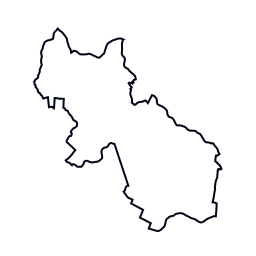 Hidiselu De Sus, Bihor, Romania, rotated 265°
{"feature_id": "2599482B72437023812586", "entity_name": "Hidiselu De Sus", "entity_type": "district", "adm_level": 2, "iso_a3": "ROU", "parent_name": "Romania", "parent_adm1": "Bihor", "projection": "equal_earth", "projection_center": [22.026, 46.921], "detail": "fine", "context": "isolated", "style": "outline", "palette": "ink", "viewbox_px": 256, "rotation_deg": 265, "n_neighbors": 0, "source": "geoboundaries", "source_scale": "gbopen_adm2", "svg_char_len": 5792}
<svg xmlns="http://www.w3.org/2000/svg" viewBox="0 0 256 256"><g transform="rotate(265 128 128)"><path d="M216.6,130.9L216.8,130.5L217.4,129.9L217.9,127.8L217.9,126.2L217.7,124.8L217.4,124.1L216.8,121.2L216.2,119.5L214.3,115.8L213.5,114.9L211.4,113.6L204.4,110.7L203.9,110.2L203.1,108.7L202.3,107.9L201.5,107.0L201.4,106.6L200.5,105.6L201.1,103.4L202.6,101.2L203.3,99.5L204.2,98.5L205.1,96.5L205.4,95.4L205.3,94.4L205.0,93.0L205.1,91.9L205.2,89.5L205.3,88.5L205.6,87.5L205.6,86.8L206.2,85.9L207.3,84.8L207.9,84.4L207.9,84.1L209.0,83.1L209.0,82.8L209.4,81.6L209.4,81.3L209.7,80.7L208.2,78.5L207.9,77.9L210.9,77.7L214.4,76.1L215.0,76.0L216.3,75.8L217.7,75.4L222.8,74.7L225.7,73.0L229.2,70.7L231.0,68.3L233.2,66.7L231.5,65.2L230.8,64.2L229.5,62.9L228.5,62.4L225.9,61.7L223.8,61.2L223.3,61.0L223.1,60.6L222.6,58.4L222.1,55.2L221.1,52.9L220.7,52.4L218.5,51.5L216.7,50.4L216.2,50.3L215.6,50.1L214.8,50.0L213.0,48.9L212.7,48.6L211.4,48.3L210.8,47.9L207.8,48.3L207.2,48.3L206.7,48.4L206.3,48.4L205.7,48.0L204.2,47.7L203.9,47.5L203.1,47.5L202.6,47.3L202.1,47.3L201.7,47.2L200.6,47.2L198.9,47.6L198.5,47.6L196.5,46.6L194.5,45.5L193.2,45.0L191.7,45.0L190.7,44.4L189.9,44.2L188.8,43.5L188.4,43.1L187.9,42.8L186.3,43.0L184.8,41.0L184.2,39.9L183.1,39.3L182.2,38.5L181.9,38.7L180.9,38.8L180.2,38.7L179.1,38.9L178.4,39.3L178.5,39.6L178.0,39.7L177.0,39.5L174.7,41.1L172.7,41.5L172.5,41.4L172.0,41.6L172.1,41.8L171.4,42.0L170.7,42.5L170.4,43.2L169.3,43.8L168.9,43.8L168.6,44.0L168.0,44.7L167.4,45.2L166.8,45.3L166.7,45.4L166.7,45.5L164.8,46.0L164.7,46.1L165.7,50.9L155.6,51.1L155.9,53.4L155.6,54.3L155.2,54.8L154.5,55.4L154.1,56.0L164.3,57.6L163.7,60.7L163.5,60.8L162.9,63.2L163.2,63.5L162.6,66.6L160.0,66.2L153.8,65.4L153.0,66.8L152.0,67.3L151.3,67.4L150.3,69.5L148.6,70.0L146.9,70.9L146.2,71.4L145.6,72.0L144.4,72.8L141.2,74.1L140.9,74.2L140.1,75.1L139.8,75.9L138.3,77.4L136.9,77.7L135.8,77.6L134.3,77.1L133.3,75.8L132.8,74.8L132.5,73.7L130.3,71.3L128.9,70.7L127.8,71.4L127.1,71.5L126.4,71.3L125.1,70.6L125.0,70.1L125.1,69.8L124.9,68.8L124.2,68.2L123.7,67.9L123.2,67.5L122.7,67.2L121.8,66.4L120.7,65.9L119.6,65.7L118.8,66.3L118.5,66.5L113.7,70.9L111.4,72.8L110.6,73.6L108.0,71.1L106.1,69.5L102.9,65.8L101.2,63.1L100.3,63.5L99.4,64.5L99.0,65.2L98.5,66.5L98.3,66.9L97.4,67.5L96.4,68.2L95.8,68.9L96.7,69.4L96.7,70.6L95.7,72.3L94.0,73.9L93.7,75.1L93.5,78.3L95.3,80.1L96.3,80.7L97.7,81.1L98.2,81.5L98.5,82.0L98.9,82.7L99.0,83.4L99.0,84.0L97.0,88.2L96.8,88.8L96.8,89.5L97.2,95.0L97.7,96.2L99.1,98.4L100.1,99.5L100.9,99.7L102.0,99.8L105.2,99.5L106.9,99.5L107.4,99.6L108.7,100.2L109.5,101.0L109.9,101.4L110.3,102.4L110.5,103.0L110.6,104.3L110.9,105.5L111.6,106.2L113.7,107.9L114.3,108.7L114.5,109.5L114.5,110.0L114.3,110.6L113.5,112.1L113.4,113.1L70.4,123.3L70.3,121.5L68.8,120.5L67.3,119.9L66.2,119.6L65.0,118.1L63.1,119.1L61.6,120.2L59.0,121.5L58.9,121.8L58.0,122.9L57.0,125.0L56.1,126.3L52.6,124.5L45.1,135.9L37.7,132.1L31.2,142.4L26.0,139.9L22.8,148.2L22.8,149.8L22.9,150.2L24.1,152.4L26.8,155.7L27.6,156.1L33.1,158.0L33.8,158.5L34.3,159.1L34.7,159.9L35.9,161.4L36.3,163.0L36.5,164.0L36.5,164.8L36.8,166.1L38.2,168.0L38.5,169.9L38.6,172.0L38.6,173.4L37.4,176.2L35.6,178.4L34.3,180.9L32.8,183.0L31.4,186.5L30.4,188.0L28.7,189.9L28.0,191.1L27.6,192.0L27.5,192.6L28.0,194.6L28.8,196.2L30.1,198.2L31.2,200.8L31.5,202.0L32.7,205.9L32.3,207.8L42.1,209.4L45.1,209.7L46.7,206.7L46.6,205.8L46.8,205.8L51.8,207.5L53.5,207.8L58.8,209.2L59.0,209.4L61.6,209.4L63.8,210.0L64.4,210.0L66.4,210.5L68.5,211.3L70.4,212.4L78.2,213.8L78.0,214.1L78.1,214.5L79.3,214.8L78.8,217.3L79.3,217.5L79.5,217.3L80.5,217.1L81.1,217.0L81.6,216.7L82.2,216.4L82.4,216.2L83.0,216.0L83.3,215.5L83.7,215.3L84.4,214.6L84.9,214.3L85.2,213.9L85.8,213.7L86.1,213.4L86.4,212.9L86.7,212.8L87.0,212.4L87.3,212.3L87.3,212.1L87.6,212.0L88.7,212.1L89.7,212.5L90.6,212.6L91.7,213.0L92.9,213.2L92.9,214.0L92.7,214.3L92.8,214.6L93.0,214.8L93.3,215.7L93.7,216.2L94.0,216.8L95.8,216.2L96.7,215.7L98.3,215.6L101.2,214.1L101.8,213.5L102.7,212.9L105.2,211.7L105.3,211.5L105.4,210.3L105.3,209.8L105.7,209.5L105.8,209.3L105.9,209.0L105.8,208.6L106.2,208.1L106.4,207.6L106.9,205.4L106.9,204.8L107.2,204.2L107.8,203.7L108.4,203.0L109.2,202.5L110.7,202.1L111.8,201.3L113.4,200.6L114.1,200.4L116.1,198.9L116.9,197.1L117.6,196.3L118.4,195.7L119.2,194.7L119.6,193.1L119.6,192.4L119.9,190.7L120.0,189.3L120.6,188.1L121.7,187.0L123.4,185.6L124.6,183.9L124.9,183.1L125.3,182.3L126.1,180.1L126.2,179.5L126.2,178.7L126.2,177.6L126.5,176.8L126.8,176.6L127.3,176.2L132.2,174.3L133.9,173.1L134.4,172.4L135.3,170.3L135.8,169.6L136.2,169.3L137.9,168.6L138.5,168.4L141.4,168.4L142.8,167.7L144.4,166.4L145.8,164.8L146.5,163.8L147.3,162.5L147.6,161.8L148.9,159.8L149.2,159.5L151.2,159.0L153.6,159.2L155.2,158.7L157.3,157.2L157.7,156.8L158.6,154.8L151.1,150.0L151.9,149.5L152.4,149.0L152.6,148.7L152.9,148.5L153.3,148.6L153.6,148.3L153.8,147.8L153.8,147.3L153.7,146.8L153.0,145.0L153.1,144.6L152.9,144.2L152.9,143.3L153.0,141.8L152.8,141.4L152.3,139.6L152.1,139.4L151.7,138.7L151.1,138.2L151.0,137.9L150.8,137.7L150.8,137.2L150.7,137.1L150.8,136.8L150.5,136.6L151.0,135.9L151.9,135.1L152.9,134.0L153.4,134.0L154.0,134.4L155.5,134.4L157.3,134.3L160.8,133.3L162.3,133.3L164.0,133.7L165.5,134.3L166.7,133.7L167.9,135.2L172.5,132.5L173.0,133.1L172.6,133.7L172.7,133.9L172.7,134.8L173.1,135.6L171.8,136.3L172.4,137.2L172.8,137.5L173.1,137.3L173.4,137.4L173.9,136.9L174.4,137.2L175.0,137.7L175.4,138.1L175.5,138.5L175.8,140.0L177.6,139.9L178.5,139.7L179.4,139.4L179.9,139.0L181.9,137.2L184.6,134.5L187.0,133.0L188.3,130.9L188.9,130.3L190.2,129.7L190.9,129.6L192.3,129.7L195.8,130.8L197.3,130.9L198.0,130.7L199.2,130.1L199.9,129.3L200.9,128.7L202.4,128.3L204.9,128.6L206.6,129.0L210.1,129.1L213.6,129.6L215.5,130.4L216.5,130.6L216.6,130.9Z" fill="none" stroke="#020617" stroke-width="2"/></g></svg>